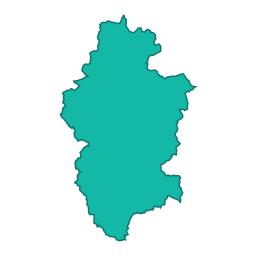 outline of Cho Don, Bắc Kạn, Vietnam
{"feature_id": "81297802B41242908240864", "entity_name": "Cho Don", "entity_type": "district", "adm_level": 2, "iso_a3": "VNM", "parent_name": "Vietnam", "parent_adm1": "Bắc Kạn", "projection": "orthographic", "projection_center": [105.544, 22.187], "detail": "fine", "context": "isolated", "style": "filled", "palette": "teal", "viewbox_px": 256, "rotation_deg": 0, "n_neighbors": 0, "source": "geoboundaries", "source_scale": "gbopen_adm2", "svg_char_len": 5735}
<svg xmlns="http://www.w3.org/2000/svg" viewBox="0 0 256 256"><path d="M123.6,15.4L122.3,17.5L120.4,22.5L119.6,23.3L116.8,23.4L113.5,22.4L111.0,22.1L109.7,21.3L107.6,21.0L106.2,22.6L103.5,22.4L101.7,22.8L101.2,23.3L101.0,24.1L99.8,24.5L100.6,26.4L99.7,27.4L100.6,28.7L100.6,29.7L100.2,31.2L99.0,32.0L98.8,33.8L97.7,36.3L98.0,38.8L98.3,39.5L99.1,40.0L99.2,41.0L98.7,42.9L98.7,44.4L97.6,45.9L98.1,48.6L98.0,49.7L97.0,50.8L95.7,51.0L93.7,50.9L92.4,51.9L91.7,51.9L91.0,52.3L90.0,53.3L89.8,53.8L90.5,54.8L90.8,57.2L90.1,62.0L90.5,63.5L89.2,63.8L88.1,64.5L85.8,64.0L83.8,65.1L83.1,66.2L82.1,69.3L82.1,70.3L82.4,71.3L83.9,72.5L85.3,74.6L87.4,75.8L88.0,76.4L86.2,76.6L82.9,78.8L79.7,79.8L78.6,80.5L73.7,81.2L74.5,82.5L76.8,83.7L79.1,85.6L79.4,86.2L79.3,86.6L78.1,87.2L75.1,90.4L74.5,90.5L72.4,89.1L70.8,88.7L70.4,89.7L69.7,90.3L69.2,90.5L68.2,90.2L66.5,90.5L65.3,91.7L63.7,92.2L62.7,93.2L63.4,94.7L64.1,95.3L63.4,96.6L63.7,97.6L63.7,98.6L63.9,100.2L63.3,101.0L62.8,102.7L64.5,103.7L64.6,104.3L65.1,105.2L65.2,107.1L64.2,107.0L62.6,108.4L62.7,110.8L62.0,112.4L62.2,113.5L61.9,114.0L61.4,114.2L60.6,114.0L60.9,115.5L61.6,116.8L62.4,117.8L63.8,118.7L65.0,120.6L66.4,121.6L66.9,122.5L66.9,123.4L68.3,124.5L69.2,126.4L71.9,128.3L72.7,127.0L73.7,127.0L73.7,128.7L74.6,129.5L75.5,131.0L74.3,132.5L74.2,134.4L74.5,135.0L74.7,136.8L76.5,138.6L77.7,140.8L78.2,141.1L79.3,140.3L80.1,140.4L80.9,139.5L81.7,139.7L83.0,140.4L84.2,140.4L84.9,141.0L87.1,142.1L87.9,142.1L88.6,142.5L88.2,144.3L88.3,145.3L88.7,145.8L87.1,145.8L83.5,148.1L82.6,149.9L80.2,152.4L80.2,153.0L80.7,154.4L81.0,156.0L80.4,157.6L80.1,157.9L78.4,158.0L77.8,158.4L77.6,159.4L76.8,160.2L76.2,160.2L75.9,160.5L75.7,161.3L76.2,161.9L75.4,162.4L75.0,163.1L74.9,163.5L75.7,164.6L75.6,165.7L75.2,166.4L75.8,168.5L76.1,168.9L76.7,169.1L77.7,168.9L78.2,169.0L79.1,171.6L80.3,171.8L79.7,172.2L79.6,172.8L78.9,173.4L78.3,174.4L77.6,174.9L77.3,175.7L77.3,176.7L77.9,178.1L77.8,179.7L77.1,180.7L75.2,181.9L74.9,182.5L74.9,182.9L76.8,183.6L77.9,185.8L79.0,185.8L79.7,186.1L80.2,187.1L79.6,188.2L79.8,188.6L79.7,189.7L80.4,190.8L81.4,191.5L81.9,192.3L82.7,192.8L83.5,193.6L83.7,193.9L83.8,194.7L84.7,195.0L86.0,196.0L86.7,197.6L86.2,199.5L86.4,199.9L87.1,200.2L87.4,200.7L86.9,204.6L87.6,205.2L88.3,206.8L88.6,209.0L88.4,210.0L89.0,213.6L89.7,214.4L90.3,214.6L91.2,214.6L91.8,214.3L92.4,214.3L94.1,215.2L94.2,216.1L94.0,219.6L94.2,221.2L93.8,222.7L95.3,223.8L96.6,224.1L97.0,224.8L97.0,226.6L97.5,226.9L98.1,226.7L98.6,225.5L99.0,225.4L100.0,226.6L101.6,227.3L102.8,228.1L103.6,230.4L105.4,233.0L105.8,234.4L106.3,234.8L108.3,235.1L109.4,236.3L110.0,236.6L112.2,236.5L113.7,237.1L114.8,237.2L115.6,237.8L116.0,238.8L116.7,239.8L119.5,240.6L120.7,240.6L121.5,240.1L122.4,240.2L123.2,239.6L125.6,239.7L124.9,238.2L125.1,236.8L124.3,235.8L124.2,235.4L124.7,235.3L125.6,235.6L128.1,234.3L127.4,233.6L126.6,231.3L126.8,230.1L128.5,228.5L128.3,228.0L127.4,227.2L127.4,226.2L127.7,225.4L128.3,224.9L128.5,224.0L129.0,223.2L129.1,222.7L128.9,221.8L129.9,220.0L130.5,218.4L131.0,217.6L131.3,216.8L133.4,214.0L136.8,213.1L137.6,212.3L138.6,213.1L140.7,213.6L142.0,213.3L143.1,212.5L144.0,213.1L145.4,211.8L145.9,210.2L147.4,210.8L150.0,209.8L152.9,209.8L152.4,208.8L153.5,208.7L154.1,207.2L154.9,206.0L157.1,207.0L160.0,206.8L160.5,207.7L161.5,205.8L162.8,204.6L164.5,204.8L164.9,203.1L165.1,199.8L167.0,198.4L167.2,197.7L167.3,196.2L167.7,195.9L169.8,195.9L171.5,197.2L178.2,200.0L179.6,201.0L180.4,202.8L180.6,199.4L180.0,197.1L180.1,196.6L181.8,194.9L182.2,194.3L182.6,192.9L182.5,192.3L181.9,191.7L181.5,190.8L181.3,188.8L180.5,187.5L179.5,186.9L179.3,186.0L179.2,183.7L179.8,182.9L179.9,182.2L179.4,179.4L180.4,178.4L180.5,177.6L180.0,177.2L179.2,176.0L178.7,175.8L176.9,175.7L175.7,176.0L174.8,175.4L174.0,175.5L173.2,175.3L172.8,175.3L171.6,176.1L170.6,176.2L169.8,175.6L168.7,175.5L167.9,175.1L165.8,175.8L164.6,173.1L163.9,172.9L163.4,172.1L161.0,170.5L160.8,169.9L161.1,168.0L160.6,166.9L160.6,165.5L160.8,165.0L161.6,164.5L162.3,164.5L163.6,163.4L165.0,162.7L165.7,161.3L166.2,160.9L168.5,160.5L169.6,159.9L171.6,157.1L171.6,156.1L172.1,156.0L172.4,154.5L174.5,154.3L176.1,154.9L176.4,154.7L176.5,153.6L176.1,152.5L176.6,151.6L176.7,150.1L176.0,148.5L176.4,146.7L178.2,145.5L179.3,144.3L180.1,144.0L180.0,143.4L179.4,142.7L177.4,140.9L177.1,140.2L177.0,138.3L176.4,137.0L175.7,136.3L175.0,135.1L175.2,133.9L175.7,132.8L176.7,131.7L177.6,129.8L177.7,129.0L176.6,125.5L176.5,124.5L176.7,124.1L177.5,123.5L177.8,122.6L177.0,121.4L181.4,118.4L182.8,116.9L182.5,116.0L182.5,114.8L180.7,112.0L180.4,110.8L179.0,109.6L183.5,109.3L184.0,109.5L184.4,110.5L187.5,109.1L187.3,106.2L187.9,103.4L187.0,100.8L187.1,99.5L186.2,97.6L185.9,95.7L185.1,93.4L185.3,92.9L187.5,91.5L188.4,91.4L189.3,91.8L190.2,90.2L192.1,89.8L193.5,88.6L194.1,87.5L195.4,86.8L194.0,86.7L191.4,85.7L189.5,82.9L188.9,80.5L187.8,80.0L186.9,79.3L185.1,76.8L184.8,75.8L183.1,73.8L180.2,74.5L175.6,76.3L173.5,76.4L172.1,76.1L170.7,76.6L166.8,77.2L166.1,77.6L165.4,78.7L163.9,78.3L162.0,76.2L160.5,76.5L160.1,76.4L159.5,74.9L158.1,74.5L157.6,73.5L157.5,72.1L155.8,70.3L153.6,70.1L152.1,70.5L150.1,70.6L147.6,69.4L147.0,68.2L147.4,65.1L147.9,64.0L146.7,63.2L145.9,62.9L147.7,61.5L147.7,60.0L148.3,58.8L148.4,57.6L149.1,56.5L150.2,55.4L151.8,55.5L153.2,55.2L160.7,51.1L160.7,46.8L160.1,45.4L158.9,44.0L156.7,44.8L154.9,44.9L154.4,44.7L154.0,41.3L155.8,38.7L154.9,38.5L155.6,35.2L153.7,33.1L152.7,32.7L150.9,32.8L150.6,31.1L149.9,30.4L148.2,29.7L146.9,29.7L144.8,31.9L142.8,31.7L141.7,31.0L141.1,28.0L140.3,28.0L138.2,28.2L136.7,30.1L133.6,32.9L129.1,31.3L128.5,29.8L127.0,27.7L125.8,25.5L125.8,24.9L126.4,23.4L126.0,21.8L126.4,20.3L126.1,19.3L125.7,18.8L124.4,18.0L124.4,16.2L123.6,15.4Z" fill="#14b8a6" stroke="#0f766e" stroke-width="1.5"/></svg>